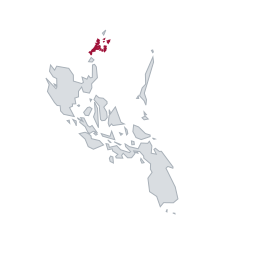 Sulu, Sulu, Philippines (highlighted), rotated 154°
{"feature_id": "2640588B7308386302326", "entity_name": "Sulu", "entity_type": "district", "adm_level": 2, "iso_a3": "PHL", "parent_name": "Philippines", "parent_adm1": "Sulu", "projection": "natural_earth1", "projection_center": [120.931, 5.941], "detail": "fine", "context": "in_parent", "style": "filled", "palette": "rose", "viewbox_px": 256, "rotation_deg": 154, "n_neighbors": 0, "source": "geoboundaries", "source_scale": "gbopen_adm2", "svg_char_len": 8485}
<svg xmlns="http://www.w3.org/2000/svg" viewBox="0 0 256 256"><g transform="rotate(154 128 128)"><path d="M120.0,40.9L128.7,45.3L133.5,43.1L132.2,53.9L136.5,61.3L132.1,74.2L125.8,77.6L125.9,81.2L123.4,85.9L127.0,93.9L126.2,96.1L127.8,101.7L133.0,105.0L132.9,102.0L137.8,99.7L141.4,101.4L143.4,107.4L145.7,106.2L145.9,103.2L151.7,106.2L151.6,107.8L148.6,108.8L151.8,114.0L151.4,116.2L155.6,117.2L154.6,123.6L152.5,121.9L153.3,118.8L145.9,117.1L144.1,111.6L137.5,105.3L136.0,105.6L138.3,112.3L137.6,115.0L134.9,110.6L128.0,104.9L122.9,108.8L117.0,105.6L114.6,106.7L114.4,101.4L118.2,95.2L114.0,92.0L114.1,97.4L112.3,97.8L110.1,93.2L108.2,92.4L104.6,73.2L105.3,72.2L109.1,76.0L111.5,75.2L111.4,54.3L114.2,42.4L120.0,40.9ZM171.3,161.9L179.8,168.5L181.1,172.9L179.2,177.7L181.8,179.3L182.9,183.1L184.4,196.1L179.9,201.5L179.9,208.9L175.5,194.9L174.0,195.9L170.4,203.7L172.8,206.8L173.7,213.4L170.0,218.6L168.6,212.2L165.0,214.8L155.1,207.6L153.9,199.6L156.5,194.1L150.2,188.3L148.1,188.5L147.0,193.9L143.5,189.9L140.5,192.3L139.9,189.6L137.9,189.1L132.3,200.2L130.2,199.9L129.7,196.8L133.5,186.6L141.3,183.7L142.9,179.9L147.4,176.3L152.3,180.0L151.7,185.2L156.4,182.7L158.8,177.7L162.7,178.2L164.3,172.6L167.5,174.0L168.3,171.9L171.6,172.0L171.3,161.9ZM146.1,168.5L142.3,171.4L140.8,167.9L137.2,165.6L135.3,161.0L136.1,159.1L140.6,157.4L140.2,151.7L142.1,146.5L145.3,145.0L148.3,146.0L148.9,147.9L144.2,160.4L146.1,168.5ZM168.4,124.1L171.9,128.7L171.4,136.8L174.3,144.3L168.4,143.0L166.1,140.3L164.7,137.3L165.6,134.5L159.2,129.2L157.4,123.5L168.4,124.1ZM129.6,133.3L140.4,136.8L141.0,138.9L144.1,137.6L143.7,141.0L139.6,147.4L130.1,152.5L131.8,136.2L129.6,133.3ZM88.8,168.7L74.5,180.9L76.1,176.1L98.1,152.1L99.0,145.3L101.9,140.7L101.6,145.6L103.5,151.8L97.7,157.8L92.9,159.7L88.8,168.7ZM111.9,110.6L121.2,111.8L125.0,115.9L125.2,122.6L121.6,128.3L118.0,124.3L114.8,115.4L111.2,112.0L111.9,110.6ZM160.7,140.3L164.9,139.9L166.0,142.1L165.9,147.9L168.9,154.4L167.4,156.0L165.6,153.6L166.1,158.1L163.2,156.3L163.2,147.9L161.8,145.5L159.2,146.0L157.8,137.7L160.7,140.3ZM146.7,166.1L146.8,159.0L154.4,141.2L154.1,153.1L150.5,156.8L146.7,166.1ZM161.0,161.5L155.5,164.1L153.3,163.7L151.9,161.1L158.0,156.4L160.8,158.2L161.0,161.5ZM145.0,123.3L154.4,131.8L154.5,134.7L147.8,128.4L144.1,132.3L145.0,123.3ZM158.0,109.0L155.9,110.4L154.3,108.6L156.5,102.9L158.7,105.8L158.0,109.0ZM134.4,204.9L130.2,207.5L128.7,204.1L131.3,203.0L134.4,204.9ZM105.9,127.2L109.9,128.3L110.9,131.1L107.3,131.2L105.9,127.2ZM129.6,110.3L131.9,111.3L130.6,114.9L128.6,113.2L129.6,110.3ZM119.3,211.8L123.7,213.9L117.4,213.8L119.3,211.8ZM173.8,159.8L171.5,157.0L173.5,152.6L173.3,155.2L173.8,159.8ZM132.3,122.4L130.7,129.9L129.7,126.8L130.6,123.1L132.3,122.4ZM109.1,222.2L109.4,224.5L105.0,225.8L109.1,222.2ZM130.9,90.3L130.8,93.6L129.7,95.0L128.7,89.8L130.9,90.3ZM138.8,148.5L136.9,152.8L136.9,150.3L138.8,148.5ZM107.6,132.4L106.5,135.5L105.6,131.9L107.6,132.4ZM161.1,138.2L159.6,138.3L158.2,135.9L160.0,135.6L161.1,138.2ZM137.6,124.6L137.6,127.4L135.5,125.1L137.6,124.6ZM179.5,161.3L177.4,160.8L178.3,157.8L179.5,161.3ZM142.7,116.1L146.5,121.7L141.7,116.2L142.7,116.1ZM107.3,150.8L104.7,152.4L105.4,149.9L107.3,150.8ZM150.0,168.4L149.5,170.8L148.1,169.6L150.0,168.4ZM150.5,123.0L151.4,126.3L149.5,122.1L150.5,123.0ZM72.9,187.5L71.6,187.3L71.9,185.2L72.8,184.9L72.9,187.5ZM163.5,170.3L161.9,170.4L161.7,169.2L162.7,168.9L163.5,170.3ZM175.1,200.0L173.9,198.5L174.3,197.0L175.1,197.7L175.1,200.0ZM109.7,106.5L110.4,108.3L108.4,106.2L109.7,106.5ZM168.5,157.0L169.1,159.5L167.3,156.5L168.5,157.0ZM130.3,36.3L128.4,37.8L129.8,35.5L130.3,36.3ZM132.6,103.3L130.0,101.9L130.1,100.9L132.6,103.3ZM123.4,30.2L125.0,32.0L123.2,30.8L123.4,30.2Z" fill="#d9dde1" stroke="#a8b0b8" stroke-width="1"/><path d="M122.2,214.8L122.1,215.0L122.1,214.9L122.1,215.0L122.2,214.9L122.2,215.1L122.3,215.0L122.4,214.9L122.4,215.0L122.4,214.9L123.0,214.2L123.3,214.3L123.4,214.0L123.7,213.9L123.9,213.7L123.8,213.2L123.4,213.0L123.2,213.0L123.1,213.3L123.1,213.2L122.8,213.1L122.2,212.9L121.3,213.2L120.7,212.1L120.3,211.9L119.1,211.9L119.0,212.3L118.7,212.5L117.9,212.8L117.7,213.0L117.4,213.8L117.5,214.2L117.8,214.3L118.0,214.6L119.2,214.1L119.5,214.4L119.6,214.6L119.8,214.8L119.8,214.7L119.7,214.6L119.9,214.6L119.7,214.6L120.4,214.4L120.6,214.1L120.8,214.1L120.9,213.9L121.0,214.0L121.2,213.7L121.7,214.1L121.8,214.2L121.6,214.4L121.7,214.6L121.9,214.6L122.0,214.8L122.2,214.8ZM114.1,207.7L113.7,208.0L113.2,209.5L112.8,209.4L112.8,209.7L113.4,209.9L113.9,209.7L114.0,208.3L114.2,207.8L114.1,207.7ZM117.1,218.7L116.8,218.9L116.8,219.3L116.7,219.3L116.9,219.8L117.2,220.1L117.5,220.0L117.8,219.4L117.4,219.0L117.4,218.8L117.1,218.7ZM120.6,215.2L120.4,215.7L120.5,216.0L120.8,216.1L121.3,215.8L121.2,215.4L120.6,215.2ZM127.9,211.8L127.8,212.1L128.0,212.4L128.4,212.7L128.9,213.1L129.6,212.9L130.0,212.4L128.9,212.9L128.5,212.6L127.9,211.8ZM116.6,219.5L116.6,219.1L116.1,219.1L115.9,219.7L116.0,219.9L116.3,220.0L116.3,219.7L116.6,219.5ZM117.0,217.1L116.6,217.2L116.5,217.7L117.3,217.7L117.6,217.4L117.0,217.1ZM117.8,216.4L117.5,216.6L117.5,217.1L117.6,217.3L118.1,217.0L118.1,216.6L117.8,216.4ZM127.1,212.4L126.8,212.4L126.7,212.6L126.9,212.6L127.0,212.7L126.6,213.2L126.7,213.3L127.0,213.2L127.1,212.9L127.4,212.7L127.2,212.5L126.9,212.5L126.8,212.4L127.1,212.4ZM123.7,212.3L123.4,212.6L123.4,212.8L123.9,212.9L124.0,212.6L123.7,212.3ZM114.8,208.8L114.6,209.2L114.8,209.1L114.8,209.4L114.7,209.1L114.4,209.5L114.6,209.7L114.9,209.3L115.0,209.0L114.8,208.8ZM115.5,207.2L115.0,207.4L115.0,207.6L115.5,207.7L115.5,207.2ZM112.5,210.8L112.2,210.8L112.0,211.0L112.4,211.3L112.6,210.9L112.5,210.8ZM119.7,217.3L119.3,217.5L119.0,217.5L119.4,217.8L119.7,217.5L119.7,217.3ZM125.7,213.4L125.6,213.5L125.4,213.7L125.6,214.0L125.9,213.7L125.7,213.4ZM116.5,220.2L116.6,219.5L116.4,219.8L116.3,220.0L116.2,220.2L116.2,220.3L116.4,220.5L116.5,220.5L116.5,220.4L116.4,220.5L116.4,220.3L116.5,220.2ZM128.5,210.7L128.2,211.0L128.3,211.3L128.7,211.1L128.5,210.7ZM128.8,211.1L128.5,211.3L128.5,211.5L128.8,211.5L128.9,211.4L128.8,211.1ZM117.4,208.5L117.1,208.5L117.0,208.9L117.4,208.7L117.4,208.5ZM125.4,212.9L125.3,212.5L125.2,212.6L125.2,212.8L125.1,213.2L125.4,212.9ZM108.4,213.3L108.2,213.5L108.5,214.2L108.4,213.7L108.3,213.3L108.3,213.5L108.3,213.4L108.3,213.5L108.5,213.6L108.4,213.3ZM113.4,211.1L113.4,211.5L113.6,211.6L113.7,211.4L113.4,211.1ZM106.4,214.7L106.2,214.9L106.7,215.0L106.6,214.8L106.4,214.7ZM111.8,215.7L111.8,216.0L112.0,216.2L111.8,215.7ZM118.5,210.3L118.4,210.5L118.5,210.8L118.5,210.5L118.5,210.4L118.7,210.5L118.8,210.6L118.5,210.3ZM107.2,214.6L107.2,214.8L107.2,214.7L107.1,214.8L106.8,215.0L107.2,214.9L107.3,214.7L107.2,214.6ZM119.1,216.8L118.8,216.7L118.8,217.0L119.0,217.0L119.1,216.8ZM124.2,212.1L124.1,212.4L124.3,212.2L124.2,212.1ZM107.2,214.0L106.9,214.1L107.0,214.1L106.9,214.1L106.9,214.3L107.1,214.2L107.2,214.0ZM128.7,209.8L128.7,210.0L128.8,210.0L128.7,209.8ZM118.1,210.7L117.6,211.0L117.5,211.3L117.7,210.9L117.8,211.0L118.0,210.8L118.1,210.7ZM121.4,215.6L121.4,215.8L121.7,215.6L121.4,215.6ZM118.8,217.2L118.8,217.5L119.0,217.6L118.8,217.2ZM115.6,220.1L115.6,220.3L115.6,220.2L115.7,220.3L115.8,220.7L115.8,220.3L115.6,220.1ZM121.4,215.0L121.5,215.3L121.7,215.2L121.4,215.0ZM119.9,215.0L119.9,215.3L120.0,215.2L119.9,215.0ZM110.4,218.2L110.3,218.3L110.5,218.3L110.4,218.2ZM108.5,213.5L108.4,213.7L108.4,213.8L108.5,213.9L108.5,214.0L108.6,213.8L108.4,213.7L108.5,213.6L108.5,213.8L108.5,213.5ZM127.1,212.1L127.3,212.3L127.1,212.1ZM108.0,214.6L107.9,214.6L108.0,214.6L107.9,214.8L108.1,214.9L108.0,214.6ZM117.2,210.1L117.1,210.3L117.2,210.1ZM112.0,216.4L111.9,216.4L112.0,216.6L112.0,216.4ZM122.7,212.7L122.6,212.9L122.7,212.7ZM116.3,220.0L116.1,220.0L116.3,220.0ZM119.5,210.4L119.4,210.3L119.5,210.5L119.5,210.4ZM126.7,211.9L126.6,212.0L126.7,211.9ZM113.1,211.6L113.2,211.8L113.2,211.7L113.1,211.6ZM106.8,214.6L106.7,214.7L106.8,214.9L106.8,214.6ZM117.4,218.6L117.2,218.5L117.4,218.6ZM122.1,211.9L122.0,212.1L122.1,211.9ZM117.7,211.3L117.8,211.4L117.7,211.3ZM118.1,219.3L117.8,219.2L117.9,219.3L118.1,219.3ZM126.7,212.8L126.6,213.0L126.7,212.8ZM112.9,212.3L112.9,212.5L112.9,212.3ZM112.8,211.1L112.7,211.2L112.8,211.3L112.8,211.2L112.8,211.1ZM107.2,214.4L107.1,214.2L107.1,214.3L107.2,214.4ZM119.3,215.3L119.1,215.3L119.3,215.3ZM123.3,213.0L123.1,213.0L123.3,213.0ZM125.0,212.5L124.9,212.4L124.9,212.5L125.0,212.5ZM111.8,216.9L111.9,216.7L111.8,216.9L111.8,216.9Z" fill="#f43f5e" stroke="#9f1239" stroke-width="1.5"/></g></svg>